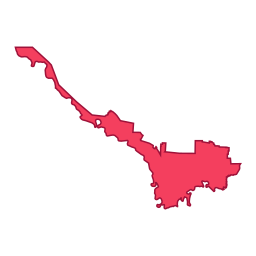 Las Cruces, Petén, Guatemala
{"feature_id": "79465075B61221719902426", "entity_name": "Las Cruces", "entity_type": "district", "adm_level": 2, "iso_a3": "GTM", "parent_name": "Guatemala", "parent_adm1": "Petén", "projection": "natural_earth1", "projection_center": [-90.704, 16.86], "detail": "fine", "context": "isolated", "style": "filled", "palette": "rose", "viewbox_px": 256, "rotation_deg": 0, "n_neighbors": 0, "source": "geoboundaries", "source_scale": "gbopen_adm2", "svg_char_len": 5798}
<svg xmlns="http://www.w3.org/2000/svg" viewBox="0 0 256 256"><path d="M32.5,47.3L15.4,47.3L16.3,50.7L17.0,52.0L17.5,54.0L18.7,55.6L20.6,56.6L21.8,56.9L24.8,56.6L26.7,56.8L27.5,57.3L29.1,58.9L30.7,59.8L32.0,62.6L32.0,63.3L31.4,65.3L31.4,65.9L31.7,66.2L32.9,66.5L33.6,66.3L34.0,65.8L35.0,62.4L35.5,61.7L36.3,61.4L37.1,61.4L38.8,62.1L40.2,61.9L42.8,62.3L44.2,62.0L44.8,62.5L45.4,63.5L46.5,64.1L46.9,64.9L46.9,65.5L46.7,67.0L45.7,68.5L45.2,70.1L45.6,74.5L46.1,76.5L46.8,77.4L48.4,78.2L52.2,78.2L53.4,79.6L54.8,82.4L55.5,86.1L55.5,88.1L56.4,88.5L57.2,89.6L59.1,91.2L62.0,95.6L65.2,97.7L66.5,98.3L68.5,97.7L70.0,97.8L70.7,97.9L71.8,98.8L72.0,100.2L71.6,102.5L71.6,103.1L71.9,103.8L72.4,104.3L74.0,104.8L75.1,105.8L75.7,106.6L76.4,108.8L77.0,109.4L78.7,110.5L79.2,111.0L80.3,112.4L80.6,113.4L81.8,114.6L81.9,115.4L80.4,116.5L80.1,117.0L80.3,117.7L81.5,119.2L82.8,119.9L85.9,120.7L91.9,122.8L93.4,123.8L94.2,124.6L94.5,125.3L94.8,127.0L95.2,127.3L95.9,127.1L96.4,126.1L96.6,125.3L96.5,124.4L95.6,121.7L95.6,120.8L95.9,119.9L96.5,119.4L98.0,119.2L99.4,119.6L100.2,120.2L100.7,121.1L101.0,122.1L101.0,123.0L100.4,124.2L98.5,125.2L97.9,125.7L97.6,126.7L97.7,127.2L98.1,127.7L98.6,127.8L101.2,126.9L104.1,127.6L104.7,128.0L105.0,128.5L105.1,129.0L104.8,131.1L104.8,131.6L105.1,132.2L106.0,133.3L106.4,135.2L106.8,135.7L107.2,135.9L107.9,135.9L110.9,135.3L113.2,135.0L114.9,135.5L117.6,137.8L117.9,138.3L118.3,140.4L118.6,140.7L119.2,140.9L121.2,141.1L126.8,140.5L127.6,140.5L127.9,140.9L128.0,141.5L127.9,142.3L127.4,143.6L127.6,144.7L127.8,145.1L131.9,147.0L133.6,147.5L135.1,148.2L135.5,148.7L135.6,150.0L136.7,151.1L141.4,154.5L143.0,155.2L143.9,155.9L144.3,157.2L144.0,158.7L144.1,159.8L144.4,160.2L148.6,163.1L149.6,168.8L150.4,170.0L151.9,171.7L152.9,173.1L152.9,174.1L152.2,175.3L152.1,175.8L152.5,177.2L153.3,179.5L153.6,181.1L153.6,182.6L153.4,183.1L153.1,183.5L151.8,183.7L151.3,183.9L151.1,184.7L151.4,185.4L151.8,185.9L152.7,186.3L154.3,186.4L155.1,186.1L155.7,185.5L155.9,184.9L156.0,183.7L155.6,182.7L155.9,182.5L156.4,182.8L157.0,183.5L158.4,186.2L158.3,186.8L156.5,187.9L155.5,188.7L154.8,189.9L154.8,192.0L154.6,193.1L155.4,194.7L155.5,195.3L155.1,198.6L155.6,199.3L156.5,199.6L157.3,199.4L159.4,198.0L159.8,197.9L160.4,198.1L161.1,198.7L161.4,199.3L162.0,200.9L162.0,202.2L161.9,202.8L161.1,203.8L160.1,204.5L158.9,204.8L157.6,204.5L157.2,204.7L156.9,205.4L156.9,206.2L157.2,206.6L157.7,207.0L158.6,207.3L159.4,207.2L160.1,206.7L160.7,205.4L161.2,204.8L161.6,204.8L162.6,205.0L163.8,204.6L164.2,204.7L164.4,205.0L164.2,206.4L164.2,207.8L164.5,208.4L165.1,208.7L165.7,208.7L166.8,208.1L168.6,207.7L169.9,206.9L172.8,206.3L173.2,206.5L174.2,205.9L175.4,205.6L176.4,205.9L177.2,206.6L177.5,206.6L177.6,205.9L177.3,204.7L177.4,202.6L177.7,201.1L179.0,199.4L179.3,199.2L180.4,199.1L180.8,198.1L181.2,198.1L181.0,199.4L181.3,200.2L182.2,201.1L182.8,201.2L183.2,200.6L183.5,199.1L184.6,197.0L186.0,197.4L186.8,197.8L187.5,201.6L187.5,203.0L187.4,204.3L187.5,204.8L187.8,205.1L189.7,205.9L190.0,205.9L190.4,205.4L190.5,204.7L189.4,202.8L189.3,201.1L189.6,198.3L190.3,195.4L191.0,193.9L190.9,193.2L190.4,192.9L189.7,193.0L189.1,194.0L188.5,194.1L187.0,193.5L186.7,192.7L186.8,192.2L187.3,191.7L190.6,189.6L191.3,189.6L192.2,190.3L192.9,190.5L194.2,189.8L194.6,189.0L194.8,187.2L195.3,186.6L196.9,186.3L199.0,186.3L199.7,186.6L201.4,186.2L202.0,186.3L203.1,187.0L203.4,186.9L203.7,186.4L203.6,185.9L201.8,181.9L202.0,181.2L202.7,181.0L205.0,181.7L206.8,181.3L207.4,181.4L208.0,181.9L208.6,182.9L208.7,183.8L208.5,184.3L207.9,184.7L206.9,184.5L206.4,184.7L205.9,186.0L206.1,186.9L206.3,187.2L206.8,187.3L208.1,186.4L208.8,186.5L213.8,191.4L214.3,191.3L214.6,190.9L214.7,190.6L214.7,190.2L214.4,189.7L214.5,189.1L215.2,187.9L215.9,187.6L217.1,187.7L219.1,188.6L221.0,188.9L222.8,189.9L223.7,189.5L223.5,189.4L223.6,189.1L223.2,189.2L223.3,188.9L223.1,188.4L223.5,188.3L223.6,187.1L224.0,187.1L225.1,187.8L225.6,187.8L225.7,187.5L225.8,187.9L226.2,187.6L226.4,185.8L226.6,186.0L226.7,185.2L226.9,185.0L226.6,184.7L226.8,184.6L226.7,183.6L226.5,183.9L226.3,183.8L226.5,183.5L226.2,183.1L226.4,182.6L226.5,183.1L226.7,182.4L226.7,182.2L226.5,181.8L226.7,181.7L226.4,181.3L226.6,181.1L226.5,180.7L226.5,180.4L226.6,180.0L226.3,179.7L226.3,179.3L226.5,179.1L226.5,178.4L226.5,177.1L226.8,177.2L226.7,176.9L227.0,176.7L227.3,176.8L227.4,176.6L227.5,176.8L227.8,176.7L228.2,176.5L228.4,176.3L228.2,176.1L228.8,175.9L228.9,175.6L229.1,175.8L229.3,175.6L229.7,175.9L230.2,175.4L230.5,175.5L230.9,175.1L231.2,175.0L231.2,174.8L233.2,175.2L233.5,175.0L233.6,174.7L234.4,174.6L234.8,174.7L236.5,174.2L239.4,169.4L239.7,168.1L239.5,165.5L240.6,163.7L230.9,163.8L230.4,158.3L227.3,158.2L227.4,154.2L228.2,154.2L228.3,150.9L229.0,150.9L229.0,147.7L226.1,147.5L226.3,147.2L219.6,147.0L219.2,146.9L219.1,146.0L218.7,146.0L217.9,145.9L215.0,145.9L214.5,144.6L213.7,144.4L213.8,143.2L212.1,142.4L212.1,141.9L210.9,141.5L210.8,142.0L209.7,142.1L209.8,141.3L209.3,141.3L209.2,143.0L202.2,141.8L202.3,140.7L195.3,140.7L195.1,153.4L179.5,153.3L164.9,151.8L165.3,151.4L165.8,143.0L162.4,142.9L162.4,144.2L160.8,144.2L161.0,146.2L160.7,146.2L160.5,155.0L159.1,152.6L159.0,152.1L158.5,151.5L156.5,148.3L156.7,147.5L156.0,146.7L155.3,147.6L154.9,148.7L154.3,148.6L153.0,147.5L153.2,145.5L149.5,143.3L140.6,140.5L140.5,139.4L140.9,139.4L143.0,135.4L141.9,134.7L140.2,132.4L132.9,132.3L133.5,123.3L120.4,120.7L116.8,115.5L115.1,113.7L113.0,111.9L111.4,111.0L111.1,111.4L110.9,111.3L110.7,110.8L110.0,111.6L109.9,111.5L109.8,111.8L109.3,111.5L109.2,111.9L109.0,112.1L108.6,112.8L108.2,112.8L108.1,113.1L108.4,113.1L108.5,113.5L108.1,114.2L107.4,114.7L107.5,114.9L106.1,115.2L105.9,115.7L105.0,116.1L104.9,116.4L92.1,115.0L76.6,101.9L58.7,84.8L51.3,65.0L48.6,62.1L32.5,47.3Z" fill="#f43f5e" stroke="#9f1239" stroke-width="1.5"/></svg>